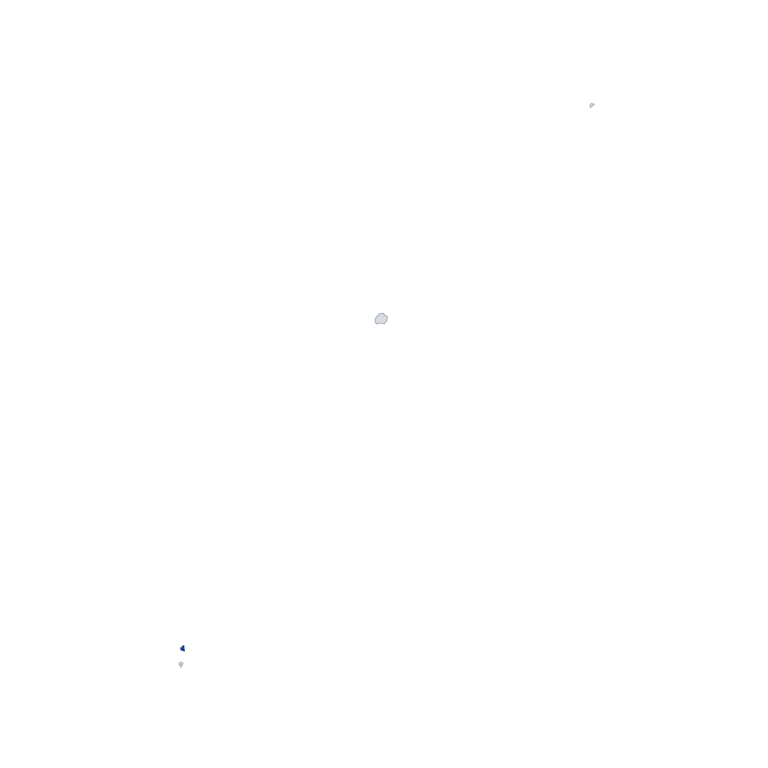 location of Weno, Chuuk, Federated States of Micronesia, rotated 296°
{"feature_id": "79324940B39467357025683", "entity_name": "Weno", "entity_type": "district", "adm_level": 2, "iso_a3": "FSM", "parent_name": "Federated States of Micronesia", "parent_adm1": "Chuuk", "projection": "mercator", "projection_center": [151.86, 7.44], "detail": "medium", "context": "in_parent", "style": "filled", "palette": "blue", "viewbox_px": 768, "rotation_deg": 296, "n_neighbors": 0, "source": "geoboundaries", "source_scale": "gbopen_adm2", "svg_char_len": 1441}
<svg xmlns="http://www.w3.org/2000/svg" viewBox="0 0 768 768"><g transform="rotate(296 384 384)"><path d="M446.2,357.4L442.7,358.7L438.3,358.1L436.9,353.2L434.9,351.9L435.3,349.4L438.4,347.4L444.9,349.0L447.4,352.6L445.8,354.9L446.2,357.4ZM45.1,325.1L44.6,325.9L40.9,325.6L40.4,325.1L40.7,324.8L42.5,324.4L42.7,323.3L41.8,323.1L42.5,322.5L44.0,322.4L44.8,323.1L45.2,324.1L45.1,325.1ZM727.0,447.4L727.6,450.3L723.8,448.9L723.3,447.9L725.5,446.8L727.0,447.4ZM59.1,319.9L58.1,320.2L57.6,319.9L57.8,318.3L58.2,317.8L59.2,317.8L60.9,318.2L61.0,318.6L59.1,319.9Z" fill="#d9dde1" stroke="#a8b0b8" stroke-width="1"/><path d="M56.7,318.7L56.7,318.9L56.7,319.0L56.7,318.9L56.6,319.1L56.6,319.3L56.5,319.7L56.7,319.9L56.7,320.1L56.8,320.1L56.7,320.2L56.7,320.3L56.6,320.7L56.8,320.9L56.8,321.1L57.0,321.0L57.1,320.9L57.4,320.8L57.4,320.7L57.6,320.7L57.8,320.5L58.0,320.4L57.9,320.5L58.0,320.4L58.1,320.2L57.8,320.1L57.7,320.0L57.8,319.9L57.9,320.0L58.2,319.9L58.3,319.6L58.5,319.6L58.8,319.3L59.1,319.1L59.8,319.1L60.1,319.2L60.3,319.0L60.2,318.6L59.8,318.7L59.4,318.8L59.3,318.7L59.0,318.6L58.6,318.5L59.0,318.3L59.1,318.2L58.9,318.2L58.3,318.3L58.1,318.3L58.2,318.2L58.1,318.3L58.2,318.2L58.1,318.3L58.1,318.2L58.1,318.3L57.9,318.4L57.9,318.5L57.7,318.7L57.6,318.3L57.8,318.3L57.9,318.2L57.7,318.0L57.4,317.8L57.2,317.8L57.2,317.7L56.4,318.4L56.5,318.5L56.5,318.4L56.7,318.5L56.7,318.7Z" fill="#3b82f6" stroke="#1e3a8a" stroke-width="1.5"/></g></svg>